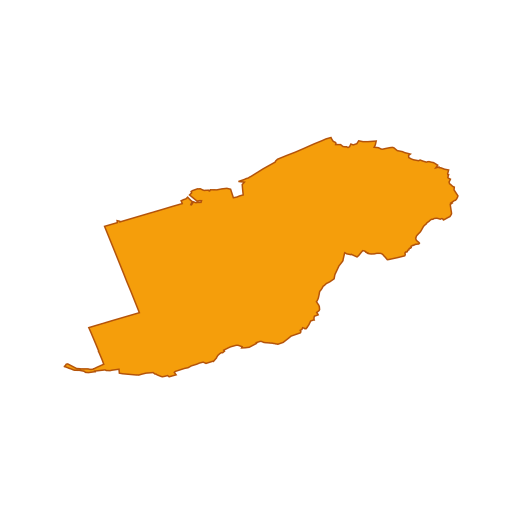 Sunākstes pag., Jaunjelgavas, Latvia, rotated 349°
{"feature_id": "27541924B12084410086310", "entity_name": "Sunākstes pag.", "entity_type": "district", "adm_level": 2, "iso_a3": "LVA", "parent_name": "Latvia", "parent_adm1": "Jaunjelgavas", "projection": "equal_earth", "projection_center": [25.491, 56.46], "detail": "fine", "context": "isolated", "style": "filled", "palette": "amber", "viewbox_px": 512, "rotation_deg": 349, "n_neighbors": 0, "source": "geoboundaries", "source_scale": "gbopen_adm2", "svg_char_len": 5933}
<svg xmlns="http://www.w3.org/2000/svg" viewBox="0 0 512 512"><g transform="rotate(349 256 256)"><path d="M456.5,242.5L458.4,241.6L458.0,241.4L457.5,241.1L461.4,239.4L462.4,239.4L463.8,238.3L465.2,236.5L465.7,235.5L463.0,228.9L463.8,226.2L462.6,225.4L461.8,224.5L460.9,223.2L459.8,222.0L459.6,220.2L460.6,219.0L461.5,217.7L459.7,216.3L459.3,215.5L460.6,212.9L459.8,212.7L459.8,211.8L460.4,210.6L461.5,208.3L457.7,206.8L454.3,204.7L452.7,204.3L452.6,203.5L449.3,203.8L451.7,201.5L448.1,198.2L445.8,197.3L444.0,196.4L442.7,196.2L441.1,196.4L440.3,195.9L438.0,194.7L435.4,193.1L433.8,193.5L429.2,191.7L427.1,190.5L424.7,188.5L425.0,186.4L425.4,186.1L426.9,185.4L425.1,184.5L422.1,183.1L421.4,182.7L419.7,181.5L415.0,179.6L414.5,179.2L412.4,176.6L412.1,176.2L411.1,175.6L410.6,175.4L408.3,175.2L406.4,175.2L403.8,175.2L400.7,175.3L400.0,175.2L399.0,174.7L397.6,173.6L396.5,172.9L392.7,171.8L394.1,170.0L394.5,169.3L395.9,166.1L395.7,166.1L395.2,166.0L387.5,165.1L382.9,164.2L378.8,162.5L376.4,165.0L372.6,165.5L370.5,164.2L368.7,166.6L367.0,167.1L365.7,166.0L364.2,165.8L362.2,165.1L360.3,162.8L355.4,161.8L356.0,160.5L355.7,159.7L353.7,158.2L352.7,155.9L352.2,154.0L347.1,154.4L342.8,155.4L334.6,157.0L329.3,158.2L322.9,159.7L314.2,161.6L305.7,163.1L295.6,165.1L293.4,166.5L292.7,167.5L279.6,171.8L266.1,177.0L264.8,177.3L263.3,178.0L261.2,178.1L259.4,178.6L253.0,179.5L258.7,181.3L257.7,182.1L256.1,183.2L255.5,188.8L255.1,193.6L251.2,193.9L248.5,194.5L244.9,194.5L243.8,185.6L240.3,184.0L235.2,183.6L230.1,183.6L223.9,182.3L223.3,183.1L222.5,183.3L222.2,182.4L219.1,181.9L217.7,181.8L216.0,180.8L214.2,179.4L212.8,179.2L211.3,178.9L206.1,179.7L204.6,180.3L204.8,181.8L202.4,183.4L208.5,190.8L211.3,190.9L213.1,191.3L212.3,192.9L208.9,192.3L207.2,192.2L206.2,191.7L205.0,190.9L202.4,193.5L201.8,193.2L203.9,190.4L202.5,188.9L200.1,185.2L198.7,186.2L197.9,186.6L195.9,186.8L193.0,187.5L193.4,189.0L193.6,190.5L183.2,191.4L173.4,192.4L153.0,194.3L128.9,196.6L128.9,195.9L126.4,194.8L126.3,196.8L113.0,198.0L118.3,225.1L122.7,247.9L124.2,256.0L124.4,257.0L126.4,266.7L130.7,289.4L103.7,291.9L78.2,294.4L79.4,299.7L82.1,312.6L83.4,319.1L83.1,319.8L83.4,320.3L83.7,321.7L85.1,328.3L85.9,333.2L78.6,334.9L75.7,335.7L75.0,335.7L74.9,335.9L74.3,336.0L73.4,336.0L71.3,335.6L69.9,334.9L68.8,334.6L66.8,334.2L65.0,333.9L63.8,333.6L62.9,333.5L60.8,332.8L58.4,332.2L50.6,326.0L49.1,326.0L48.2,326.9L47.9,327.2L47.1,327.7L46.3,328.0L47.1,328.1L47.7,328.4L49.3,329.4L50.1,329.8L50.4,330.2L51.1,330.5L51.4,330.8L52.1,331.1L52.6,331.4L54.2,332.4L54.4,332.6L55.8,333.4L56.5,333.6L61.5,334.7L61.5,334.8L64.7,336.1L65.5,336.6L66.4,337.7L69.3,338.5L75.3,338.8L75.9,338.9L75.7,338.2L86.1,339.0L87.1,339.8L90.9,340.7L92.7,340.6L99.9,341.0L99.5,344.9L102.5,346.1L115.6,349.9L118.3,350.5L121.3,350.2L125.8,350.0L132.8,350.8L134.2,352.5L134.4,352.6L135.4,352.9L135.5,352.9L136.1,353.7L139.8,356.1L141.0,356.7L143.4,356.7L146.4,356.5L146.6,356.8L147.7,358.0L154.9,357.4L153.6,354.6L154.8,353.9L161.1,353.1L164.6,352.7L168.0,352.7L171.6,351.5L177.3,350.9L180.0,350.3L183.9,350.1L186.4,351.9L194.3,351.0L194.6,350.9L194.6,351.0L197.8,348.5L198.1,347.9L199.6,346.3L201.9,344.9L203.3,344.4L204.0,344.3L204.8,344.6L206.9,343.4L206.3,342.3L211.6,340.8L213.8,340.3L218.9,339.9L219.9,339.9L220.3,340.0L220.9,340.1L221.7,340.4L225.1,342.4L224.3,343.5L227.7,344.0L231.9,344.3L239.8,341.9L239.7,341.1L243.8,340.6L245.0,340.9L245.7,341.3L246.5,341.9L246.7,342.0L247.1,342.3L248.5,342.8L250.4,343.3L250.9,343.4L251.7,343.7L252.4,343.7L252.9,344.1L253.9,344.3L255.2,344.6L257.0,345.4L257.7,345.5L258.5,346.0L259.5,346.3L259.8,346.4L260.6,346.8L266.2,346.0L272.1,343.0L275.2,341.3L284.9,339.9L285.1,339.7L285.6,338.8L285.5,338.4L285.2,337.4L287.0,336.9L288.1,335.3L291.1,337.0L291.5,336.7L291.4,336.7L291.7,336.5L294.2,334.2L294.9,333.4L297.3,330.2L300.4,329.8L300.9,329.9L300.8,329.2L301.0,328.4L301.3,327.3L301.9,326.2L302.9,326.1L305.8,325.6L305.6,324.8L304.8,323.0L307.4,321.7L308.2,320.7L308.4,318.8L308.5,317.7L308.4,317.2L308.2,316.2L306.6,312.4L307.6,311.5L308.5,310.2L309.2,309.1L310.6,305.9L311.3,304.0L311.8,302.9L313.3,301.7L314.5,300.5L316.0,298.7L316.4,298.3L317.2,298.1L319.9,296.4L320.3,296.3L321.9,295.9L323.6,295.4L328.3,293.3L329.9,289.3L335.6,281.5L340.0,277.7L340.6,276.9L340.6,276.6L343.5,270.1L343.8,269.7L345.5,271.2L349.4,272.8L349.8,272.5L355.0,276.2L356.8,275.2L360.0,272.5L361.8,271.1L363.1,271.6L363.4,271.8L364.5,272.6L364.4,273.1L365.6,273.9L366.3,274.3L366.0,274.6L366.4,274.9L367.9,275.5L369.4,276.0L372.7,276.5L374.8,276.4L376.1,276.6L378.9,277.2L380.1,278.0L381.2,279.4L381.4,280.0L382.6,281.8L384.2,284.7L385.4,284.8L395.0,284.6L402.0,284.2L402.7,283.3L402.8,282.2L402.7,281.9L402.9,281.6L402.9,281.3L403.0,281.1L403.5,280.8L403.9,280.8L403.9,280.6L404.4,280.6L404.7,280.8L404.8,280.8L405.4,280.6L405.6,280.1L405.8,279.6L405.9,279.4L407.3,279.1L407.4,278.9L407.4,278.5L407.7,278.2L407.8,277.9L408.3,277.7L408.6,277.6L408.8,277.8L409.1,277.8L409.7,277.3L410.0,277.3L410.0,277.2L409.9,276.9L410.0,276.2L410.3,276.1L410.4,275.9L411.5,275.7L412.0,275.6L412.1,275.4L412.4,275.4L412.4,275.6L412.8,275.6L413.6,275.3L413.9,275.3L414.1,275.1L414.3,275.2L415.0,274.9L415.7,275.1L416.0,275.2L417.4,275.1L417.9,275.3L418.8,274.8L418.9,274.6L418.2,273.4L417.2,272.3L416.3,270.8L416.2,270.2L416.2,268.8L416.4,268.7L416.7,268.1L417.5,266.8L419.3,265.5L419.6,265.2L421.2,264.2L422.2,263.4L423.8,261.6L426.0,259.0L426.6,258.5L427.9,257.7L428.9,257.1L429.1,257.1L429.4,256.9L429.7,256.4L430.2,256.0L432.6,254.9L433.6,254.2L434.4,253.8L435.4,253.5L435.9,253.5L436.1,253.6L436.5,253.7L437.0,253.6L437.5,253.3L438.5,253.2L439.4,253.3L440.5,253.4L441.4,253.7L443.6,254.8L443.8,255.0L444.0,255.0L444.6,254.8L445.0,254.7L445.7,254.8L445.8,255.0L446.3,255.2L446.7,255.6L446.7,256.1L446.9,256.4L448.1,256.1L451.4,255.0L453.9,254.3L455.2,252.9L456.0,251.9L456.2,250.2L456.2,248.5L456.4,244.2L456.5,242.5Z" fill="#f59e0b" stroke="#b45309" stroke-width="1.5"/></g></svg>